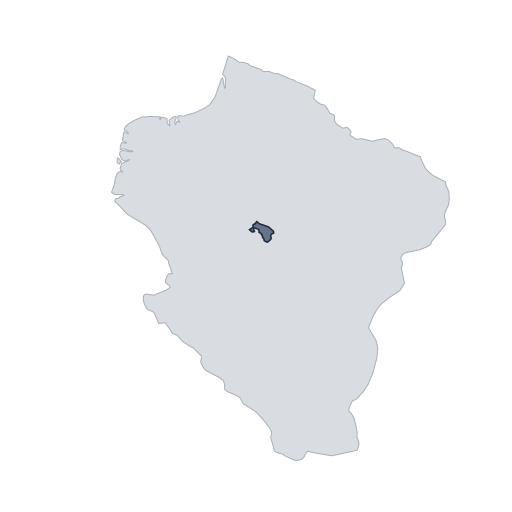 Karu, Nassarawa, Nigeria shown in context, rotated 110°
{"feature_id": "59680162B13670821264537", "entity_name": "Karu", "entity_type": "district", "adm_level": 2, "iso_a3": "NGA", "parent_name": "Nigeria", "parent_adm1": "Nassarawa", "projection": "natural_earth1", "projection_center": [7.844, 8.986], "detail": "fine", "context": "in_parent", "style": "filled", "palette": "slate", "viewbox_px": 512, "rotation_deg": 110, "n_neighbors": 0, "source": "geoboundaries", "source_scale": "gbopen_adm2", "svg_char_len": 5501}
<svg xmlns="http://www.w3.org/2000/svg" viewBox="0 0 512 512"><g transform="rotate(110 256 256)"><path d="M404.0,94.6L417.8,116.4L420.8,132.7L421.9,140.7L424.2,141.6L428.5,142.1L431.6,143.7L433.4,146.3L434.6,148.8L434.8,150.3L434.0,160.0L433.0,163.5L433.6,168.3L433.4,170.4L433.0,171.8L431.1,173.4L428.5,175.0L422.3,179.6L420.6,180.3L418.0,180.4L415.7,181.6L413.1,184.1L407.3,193.4L402.5,202.7L398.9,217.9L394.6,222.6L393.8,226.8L393.2,236.2L392.5,239.1L391.9,239.9L387.2,241.7L384.5,243.9L382.9,248.1L380.9,262.7L380.2,265.1L378.6,267.6L376.2,270.3L374.2,271.8L368.8,272.8L363.7,283.7L363.7,285.7L361.5,295.6L357.5,303.1L357.3,307.9L352.4,314.5L349.8,318.9L352.5,323.6L352.7,324.4L344.2,332.3L343.7,333.5L343.4,339.0L342.7,340.5L341.2,342.5L338.9,344.7L336.6,346.4L334.0,347.6L331.5,348.0L330.0,347.3L329.2,345.7L327.8,339.0L327.1,337.5L325.4,336.2L318.9,328.8L315.0,326.2L314.1,326.4L313.5,327.1L312.4,330.9L311.3,332.2L309.2,332.7L305.6,332.7L302.9,332.2L302.3,331.5L301.1,328.6L293.0,335.3L290.2,336.8L286.6,344.7L281.5,348.7L278.0,352.1L268.6,363.0L266.7,366.2L264.8,370.9L260.8,391.2L254.3,404.0L253.4,406.7L253.1,406.6L252.2,407.7L249.7,407.0L248.5,404.6L247.0,404.2L244.3,400.8L243.7,401.4L246.6,410.1L245.5,413.5L237.6,413.6L230.7,414.8L226.0,414.7L223.6,413.4L222.6,410.1L222.2,410.5L221.9,412.2L220.5,413.6L215.2,413.9L212.8,411.6L210.9,409.1L208.9,408.0L209.2,409.1L211.6,411.5L211.3,415.0L207.0,419.1L204.3,419.4L202.6,417.6L201.8,414.7L201.3,410.5L200.2,407.7L199.6,407.7L200.4,412.3L200.4,416.6L202.4,420.0L199.3,421.0L195.6,421.1L195.1,419.9L194.6,417.1L194.0,416.4L193.2,421.1L185.6,422.4L184.5,422.2L184.2,421.3L184.8,420.0L184.7,417.9L183.0,419.5L182.7,422.8L181.7,423.3L178.8,422.8L175.7,421.2L170.5,417.1L164.1,410.4L163.1,407.4L161.3,403.7L158.0,393.6L158.6,393.2L160.1,393.7L160.8,392.8L158.2,392.1L157.6,391.3L157.4,389.1L157.6,386.4L161.6,384.9L162.5,383.3L163.0,381.6L158.1,384.1L153.5,381.3L152.5,379.5L153.0,378.2L158.3,378.1L160.2,376.8L159.1,376.4L157.0,376.4L156.3,375.6L156.3,373.5L155.7,373.9L154.8,375.8L151.7,377.1L149.9,375.8L149.7,372.8L149.3,371.4L147.8,370.3L142.3,362.4L135.5,355.7L129.4,351.1L120.3,348.9L101.1,349.0L100.0,348.4L101.2,347.4L102.9,346.6L109.0,342.9L108.0,342.4L101.6,344.8L99.4,345.0L96.5,349.5L77.6,350.4L77.7,348.4L78.5,342.5L79.7,338.5L78.4,333.6L78.1,329.1L78.9,327.7L79.2,326.1L79.0,314.7L80.0,313.0L80.1,311.8L78.1,307.0L78.2,303.2L77.8,299.6L77.2,298.0L78.0,284.1L77.7,280.6L78.4,278.2L78.7,272.2L78.7,266.3L80.0,257.0L88.1,255.8L90.0,252.2L91.2,247.5L90.8,243.0L93.5,239.0L96.7,235.5L96.6,231.6L97.4,230.4L98.9,229.5L101.1,229.0L103.5,227.1L104.9,223.7L106.2,218.3L104.1,214.5L104.2,213.6L105.0,211.6L106.3,209.6L107.3,208.9L109.6,209.5L110.4,208.6L111.9,202.7L111.8,201.0L109.6,197.0L108.4,186.2L107.8,184.8L106.1,182.8L101.6,175.2L101.7,171.5L103.7,166.9L104.9,164.7L106.6,163.4L107.0,162.4L106.5,161.1L105.6,160.1L105.4,158.0L106.3,155.1L106.1,151.9L106.6,135.6L110.2,132.4L115.6,127.0L118.3,121.5L119.8,117.2L121.6,103.2L124.5,101.7L129.8,96.6L137.1,93.6L141.9,92.6L150.1,93.2L154.4,92.7L157.9,90.0L159.6,89.2L161.8,88.7L182.5,96.0L184.3,95.7L185.9,96.2L188.5,98.1L194.6,104.9L201.0,115.4L202.9,117.7L204.9,118.9L206.9,119.3L208.5,119.2L210.0,118.2L212.0,116.2L215.0,115.3L217.5,115.4L230.4,107.4L231.6,107.3L239.5,109.0L250.3,117.1L259.1,122.4L265.3,124.1L272.6,125.4L284.9,125.8L294.3,114.4L297.7,112.0L301.9,109.7L310.6,107.6L325.0,106.2L338.5,106.8L347.0,108.8L355.8,112.5L359.7,116.0L365.7,116.6L370.0,115.9L371.4,112.4L375.7,107.8L382.1,103.5L387.4,100.5L391.7,99.2L395.6,95.7L398.6,94.7L404.0,94.6ZM215.7,418.4L212.8,419.5L210.8,419.2L213.5,414.6L214.8,415.6L216.5,416.0L215.7,418.4Z" fill="#d9dde1" stroke="#a8b0b8" stroke-width="1"/><path d="M223.3,267.0L223.6,267.2L224.2,267.4L224.6,267.5L225.4,267.4L225.8,268.0L226.0,267.9L226.3,267.8L226.7,268.5L227.0,268.9L227.1,269.1L227.7,269.4L227.9,269.3L228.5,269.4L228.9,269.1L229.3,268.7L229.5,268.5L230.2,268.8L230.4,268.9L230.8,269.4L231.0,269.5L231.4,269.6L231.6,269.7L231.7,269.8L232.3,270.2L232.3,270.3L233.5,271.2L233.9,270.4L233.9,270.1L233.8,269.9L234.4,269.3L234.4,268.8L234.7,268.4L234.7,268.0L234.6,267.8L234.5,267.1L234.4,266.8L234.0,266.5L233.6,266.1L233.5,265.8L233.2,265.9L233.0,266.3L232.7,266.6L232.6,267.0L232.0,267.4L231.4,267.3L230.9,267.4L230.2,267.1L230.0,266.4L230.1,266.0L230.2,265.6L230.0,264.6L230.1,263.2L230.3,262.8L230.3,262.6L230.5,262.5L230.7,262.4L230.8,262.3L231.3,261.8L231.5,261.8L231.7,261.6L231.9,261.4L232.6,261.4L232.7,261.1L232.8,260.8L232.9,260.4L233.0,260.2L233.0,259.9L233.0,259.6L233.1,259.2L233.1,258.7L233.4,258.2L233.5,258.1L233.8,258.2L234.0,258.3L234.1,258.2L234.3,257.9L234.4,257.7L234.5,257.4L234.6,257.2L234.9,256.8L235.0,256.7L235.4,256.4L235.7,256.5L235.9,256.5L236.0,256.3L236.2,256.2L236.5,255.9L236.7,255.6L236.8,255.4L236.8,255.2L237.0,254.9L237.2,254.6L237.3,254.5L237.4,254.4L237.5,254.3L237.5,254.2L238.1,254.0L238.4,253.6L238.5,253.7L238.8,253.5L238.8,253.3L239.0,252.1L239.3,250.7L239.2,250.5L239.0,250.2L238.9,249.9L238.5,249.5L238.0,249.2L237.1,248.8L236.7,248.5L236.6,248.4L236.2,248.3L234.9,247.8L234.3,247.7L233.6,248.1L232.9,248.6L231.5,249.1L230.9,249.2L230.5,249.1L229.8,248.5L229.6,248.4L229.2,248.0L228.6,247.3L228.4,247.2L226.7,248.1L225.9,250.3L224.8,253.1L224.3,254.2L224.4,255.2L224.4,256.4L224.4,256.7L224.4,257.7L224.4,258.2L224.4,260.0L224.4,260.4L224.5,261.2L224.5,261.3L224.5,263.7L224.5,264.0L224.4,264.5L223.6,266.2L223.3,267.0Z" fill="#64748b" stroke="#1e293b" stroke-width="1.5"/></g></svg>